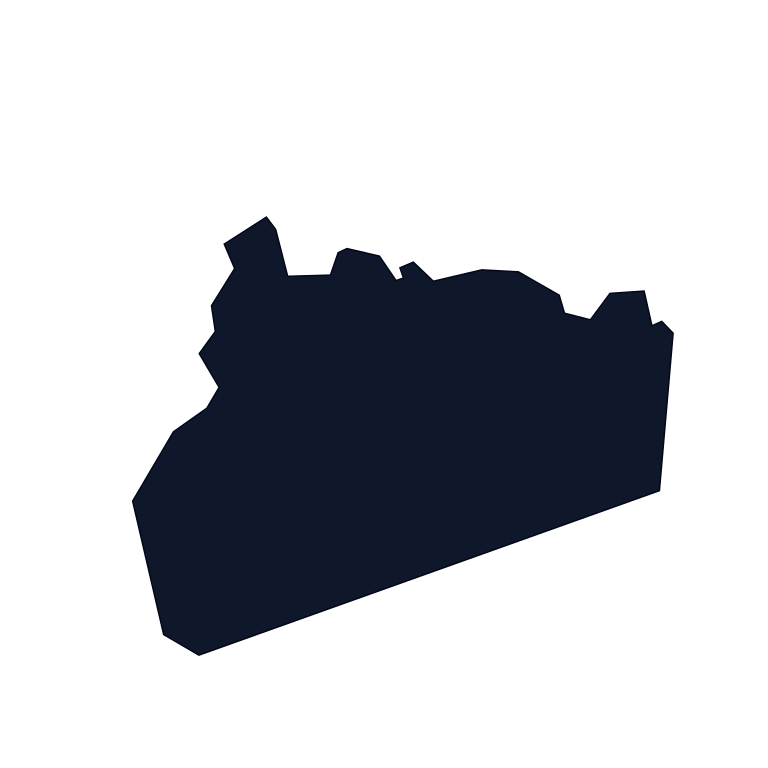 outline of Twic, Northern Bahr el Ghazal, South Sudan, rotated 161°
{"feature_id": "79223893B10116449599990", "entity_name": "Twic", "entity_type": "district", "adm_level": 2, "iso_a3": "SSD", "parent_name": "South Sudan", "parent_adm1": "Northern Bahr el Ghazal", "projection": "orthographic", "projection_center": [28.357, 9.063], "detail": "fine", "context": "isolated", "style": "filled", "palette": "ink", "viewbox_px": 768, "rotation_deg": 161, "n_neighbors": 0, "source": "geoboundaries", "source_scale": "gbopen_adm2", "svg_char_len": 589}
<svg xmlns="http://www.w3.org/2000/svg" viewBox="0 0 768 768"><g transform="rotate(161 384 384)"><path d="M94.1,337.9L101.0,352.8L111.7,351.8L107.8,387.2L140.8,396.1L168.0,377.5L190.3,392.2L189.4,410.9L220.4,446.3L254.4,460.1L303.9,465.1L316.6,489.7L331.1,488.7L331.1,477.9L338.9,477.9L346.7,506.4L374.9,524.1L384.6,523.1L399.2,504.4L440.0,517.2L436.1,565.4L440.9,580.1L489.5,568.3L487.6,541.8L521.6,514.2L526.4,488.6L548.8,472.9L541.0,434.5L559.4,418.8L598.6,407.4L659.8,355.1L673.9,218.8L647.3,187.9L158.3,193.5L94.1,337.9Z" fill="#0f172a" stroke="#020617" stroke-width="1.5"/></g></svg>